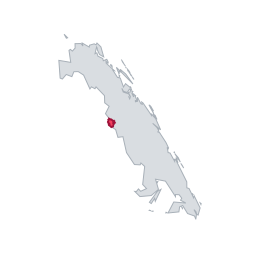 Gorno-Altay on a map of Russia (Equal Earth projection), rotated 58°
{"feature_id": "RUS-2400", "entity_name": "Gorno-Altay", "entity_type": "Republic", "adm_level": 1, "iso_a3": "RUS", "parent_name": "Russia", "parent_adm1": "", "projection": "equal_earth", "projection_center": [87.215, 50.869], "detail": "fine", "context": "in_parent", "style": "filled", "palette": "rose", "viewbox_px": 256, "rotation_deg": 58, "n_neighbors": 0, "source": "natural_earth", "source_scale": "10m", "svg_char_len": 5731}
<svg xmlns="http://www.w3.org/2000/svg" viewBox="0 0 256 256"><g transform="rotate(58 128 128)"><path d="M192.5,154.2L185.3,155.9L186.3,154.5L185.2,151.4L188.4,150.8L189.2,144.4L183.7,145.5L169.4,134.2L164.5,135.6L165.7,137.2L162.4,141.9L148.1,142.3L132.7,136.9L130.6,141.5L122.8,139.3L115.3,142.8L109.1,139.0L103.9,139.5L99.6,132.5L94.3,134.4L88.1,130.8L76.2,133.3L77.2,135.2L73.7,137.2L74.7,139.6L59.6,137.6L53.8,140.3L51.6,144.1L54.7,148.4L49.9,152.0L51.7,157.7L49.7,159.1L34.0,150.8L42.0,141.8L30.9,136.9L30.8,135.2L33.3,134.4L32.2,130.5L28.4,128.2L31.5,123.1L34.6,122.8L31.7,121.8L38.8,118.0L37.4,116.7L38.7,112.1L40.5,111.0L39.5,109.3L44.8,108.0L54.8,110.9L50.7,113.2L45.6,112.6L43.9,111.8L42.6,111.7L47.5,116.6L47.7,114.6L51.2,115.4L55.7,112.6L57.9,113.3L58.5,109.6L61.7,109.9L62.4,110.7L59.8,111.3L61.5,112.2L72.1,109.2L71.1,110.2L79.5,110.1L81.5,108.1L90.8,110.1L89.1,106.6L95.6,104.4L97.2,104.7L95.8,106.1L97.4,109.9L94.4,112.4L91.1,112.2L95.0,113.0L99.4,109.4L101.2,109.2L101.9,110.8L104.2,111.1L102.7,109.3L97.8,108.9L98.7,107.2L97.3,106.1L99.6,104.5L100.6,106.3L103.8,106.7L104.7,106.7L101.1,105.6L104.2,105.0L109.8,105.8L108.6,107.2L109.7,107.8L110.4,105.8L106.9,103.7L114.3,104.2L115.4,103.4L113.2,102.6L114.7,102.0L129.7,101.4L128.7,100.8L134.7,99.6L146.8,101.3L137.1,104.6L143.0,103.2L146.4,103.3L146.9,104.5L147.2,104.7L147.6,104.7L147.8,103.7L160.5,103.5L166.4,104.2L167.2,105.4L165.1,105.0L170.1,107.0L171.5,105.6L180.9,106.1L179.3,105.1L180.9,104.4L204.8,106.7L209.9,109.8L211.7,108.3L222.0,109.4L220.5,107.8L234.0,109.2L239.0,114.7L237.6,115.4L234.8,114.7L232.2,115.3L237.6,115.8L241.4,118.9L237.9,118.2L232.1,122.8L222.7,122.7L222.2,126.0L226.1,129.3L221.3,139.1L215.0,128.4L222.3,118.7L217.1,121.7L216.0,119.6L211.7,120.0L209.6,123.0L211.4,124.1L192.9,124.4L186.0,131.8L196.2,134.7L197.6,144.1L192.5,154.2ZM93.3,100.5L77.5,104.0L74.1,103.5L81.1,101.3L93.3,100.5ZM197.5,132.6L204.6,143.7L201.7,142.6L204.4,148.3L202.3,149.2L197.3,136.6L197.5,132.6ZM70.4,105.7L77.2,104.1L75.3,105.5L77.7,107.0L70.4,105.7ZM174.7,101.9L179.7,101.1L184.7,101.7L174.7,101.9ZM123.9,97.8L129.7,98.6L121.7,98.2L123.9,97.8ZM122.0,97.2L127.2,97.4L119.9,97.6L122.0,97.2ZM131.6,98.3L136.1,98.9L129.1,99.4L131.6,98.3ZM185.9,102.0L188.5,101.8L191.5,102.0L185.9,102.0ZM14.6,132.5L19.5,131.4L19.2,132.7L14.6,132.5ZM71.1,97.5L74.2,97.4L68.3,97.7L71.1,97.5ZM180.6,103.4L184.0,104.0L179.2,103.8L180.6,103.4ZM67.7,109.0L65.7,109.5L65.1,109.1L66.2,108.5L67.7,109.0ZM76.9,97.3L79.7,97.2L81.1,97.3L76.9,97.3ZM86.2,97.3L84.9,97.6L82.9,97.5L83.4,97.3L86.2,97.3ZM89.0,97.4L86.6,97.3L90.0,97.2L89.0,97.4ZM79.4,107.3L80.0,108.3L78.6,107.6L79.4,107.3ZM122.6,97.9L120.7,98.1L119.4,97.9L122.6,97.9ZM78.7,97.0L82.2,96.9L80.9,97.1L78.7,97.0ZM231.5,106.7L229.7,106.5L230.8,106.0L231.5,106.7ZM68.6,97.4L70.7,97.4L66.4,97.4L68.6,97.4ZM95.8,104.1L93.7,104.2L95.8,104.1L95.8,104.1ZM145.1,102.7L146.1,103.1L144.4,102.9L145.1,102.7ZM219.4,108.1L218.3,108.3L217.4,108.1L219.4,108.1ZM81.8,97.6L80.2,97.5L82.8,97.6L81.8,97.6ZM81.6,97.1L82.5,97.3L80.6,97.2L81.6,97.1ZM212.0,150.3L211.8,151.1L211.0,152.3L212.0,150.3ZM79.1,97.6L80.1,97.8L78.7,97.8L79.1,97.6ZM104.0,104.9L102.5,105.1L102.1,105.1L104.0,104.9ZM225.2,124.6L223.8,124.4L224.8,124.0L225.2,124.6ZM180.2,102.9L179.8,103.3L179.2,103.0L180.2,102.9ZM189.2,131.1L189.8,132.1L189.0,131.9L189.2,131.1ZM220.5,139.5L220.1,140.9L219.6,140.5L220.5,139.5ZM76.5,97.7L75.1,97.7L74.7,97.7L76.5,97.7ZM105.1,104.2L104.7,104.6L104.4,104.5L105.1,104.2ZM173.6,101.6L172.9,101.8L172.9,101.4L173.6,101.6ZM209.0,153.4L210.4,152.3L209.1,153.7L209.0,153.4Z" fill="#d9dde1" stroke="#a8b0b8" stroke-width="1"/><path d="M115.9,142.6L115.7,142.6L115.4,142.7L115.4,142.8L115.2,142.8L115.1,142.7L114.9,142.5L114.7,142.5L114.7,142.4L114.5,142.2L114.4,142.1L114.4,141.9L114.2,141.9L114.0,141.7L114.3,141.6L114.2,141.5L114.3,141.4L114.2,141.4L114.0,141.5L113.9,141.5L113.7,141.7L113.5,141.8L113.4,142.0L113.3,141.9L113.2,141.9L113.0,142.0L113.0,141.8L112.9,141.8L112.7,141.8L112.5,141.7L112.4,141.8L112.2,141.8L112.2,141.7L112.0,141.8L111.9,141.8L111.8,141.7L111.7,141.4L111.6,141.2L111.6,140.9L111.4,140.8L111.2,140.7L110.9,140.6L110.7,140.5L110.4,140.5L110.4,140.4L110.4,140.2L110.3,139.9L110.2,139.8L110.2,139.7L110.3,139.7L110.6,139.7L110.8,139.6L111.0,139.4L110.9,139.3L110.8,139.2L110.6,139.0L110.4,139.0L110.1,138.9L110.3,138.8L110.3,138.7L110.5,138.5L110.8,138.5L110.8,138.4L111.1,138.3L111.3,138.2L111.5,138.2L111.8,138.1L112.0,138.1L112.0,137.9L112.3,137.9L112.4,137.7L112.5,137.7L112.8,137.5L112.7,137.4L112.8,137.4L112.7,137.4L112.8,137.3L112.9,137.2L113.0,137.0L113.3,137.0L113.5,137.1L113.8,137.1L113.9,136.9L114.1,136.9L114.3,136.9L114.4,136.7L114.1,136.4L114.2,136.1L114.3,136.1L114.3,135.9L114.5,135.9L114.8,135.8L114.9,136.0L115.0,136.0L115.5,136.2L115.9,136.1L116.0,136.1L116.3,136.2L116.4,136.3L116.5,136.3L116.6,136.2L116.8,136.2L116.8,136.3L116.7,136.5L116.7,136.8L116.5,137.0L116.4,137.0L116.4,136.9L116.3,137.0L116.2,137.0L116.1,137.3L115.9,137.5L116.0,137.5L116.3,137.5L116.2,137.7L116.1,137.8L115.9,138.0L116.0,138.1L116.3,138.2L116.3,138.3L116.6,138.3L116.9,138.4L117.0,138.4L117.2,138.2L117.3,137.9L117.4,138.0L117.5,138.1L117.6,138.4L117.6,138.5L117.8,138.8L117.7,138.8L117.8,138.9L117.8,139.0L118.0,139.1L118.2,139.3L118.3,139.3L118.5,139.5L118.7,139.8L118.9,139.9L119.0,139.9L119.0,140.0L118.9,140.2L118.7,140.2L118.5,140.3L118.4,140.3L118.2,140.5L118.3,140.6L118.5,140.6L118.5,140.8L118.6,141.0L118.7,141.3L118.8,141.5L118.7,141.6L118.4,141.7L118.3,141.8L118.2,141.8L118.1,141.7L118.0,141.8L118.0,142.0L117.7,142.0L117.6,141.9L117.5,142.0L117.3,142.1L117.2,142.0L116.9,142.0L116.5,142.1L116.4,142.1L116.4,142.4L116.3,142.5L116.2,142.5L115.9,142.6Z" fill="#f43f5e" stroke="#9f1239" stroke-width="1.5"/></g></svg>